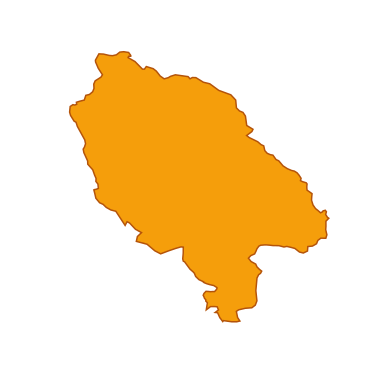 Pita, Pita, Guinea, rotated 107°
{"feature_id": "49546643B45846614697329", "entity_name": "Pita", "entity_type": "district", "adm_level": 2, "iso_a3": "GIN", "parent_name": "Guinea", "parent_adm1": "Pita", "projection": "robinson", "projection_center": [-12.584, 10.91], "detail": "fine", "context": "isolated", "style": "filled", "palette": "amber", "viewbox_px": 384, "rotation_deg": 107, "n_neighbors": 0, "source": "geoboundaries", "source_scale": "gbopen_adm2", "svg_char_len": 2909}
<svg xmlns="http://www.w3.org/2000/svg" viewBox="0 0 384 384"><g transform="rotate(107 192 192)"><path d="M301.4,108.5L298.7,111.7L293.2,114.7L291.0,112.9L287.6,107.0L285.2,100.9L281.7,98.4L277.1,98.1L267.7,102.1L255.3,104.7L251.6,104.1L249.8,102.7L247.3,102.2L246.3,104.8L244.6,108.0L242.3,110.0L241.2,115.2L238.8,118.7L235.7,117.2L234.8,116.2L232.9,114.0L229.9,113.5L227.3,113.3L224.2,112.2L222.8,110.7L221.3,106.9L220.8,105.2L220.2,102.5L219.5,98.6L218.9,96.7L217.9,93.1L217.7,88.0L216.3,85.4L216.0,81.0L215.9,77.1L218.0,71.7L217.8,67.7L214.7,64.3L210.3,65.3L208.5,61.0L205.1,57.8L201.5,57.5L198.5,55.3L197.1,50.5L193.5,50.5L189.0,53.1L186.9,53.6L185.6,53.9L180.8,55.4L177.1,53.5L176.6,55.1L174.4,57.6L171.6,57.7L170.5,59.2L171.7,61.1L173.0,61.6L174.3,63.0L172.9,66.1L171.7,69.1L169.0,72.5L164.9,75.3L161.6,76.1L158.5,76.7L156.6,82.5L154.8,83.3L152.9,83.9L150.7,84.3L149.8,85.5L149.8,89.4L149.4,91.6L147.0,91.7L144.5,94.7L142.9,97.2L142.1,100.3L142.3,103.1L141.8,107.7L140.4,112.6L136.8,118.2L136.4,121.1L133.1,125.4L133.4,128.1L133.0,131.4L131.1,134.5L126.9,136.9L126.5,139.8L124.7,143.9L123.2,153.3L122.0,156.3L116.7,152.4L114.2,152.0L112.4,159.1L103.8,163.1L101.0,166.5L100.6,170.3L98.6,174.1L91.3,177.1L87.7,183.3L87.0,196.1L83.3,206.7L83.7,213.2L81.5,221.7L82.4,225.1L84.3,227.0L82.8,229.5L84.8,242.2L87.7,246.4L89.6,248.1L91.9,251.7L90.4,256.3L86.8,261.5L85.4,265.2L85.4,272.4L88.4,273.4L89.0,275.3L83.9,284.7L82.2,292.4L80.8,292.3L80.1,290.3L79.3,290.5L77.1,293.4L77.8,298.3L79.3,301.9L82.9,304.4L84.9,307.9L85.6,311.1L86.0,317.0L87.1,321.4L94.2,322.9L95.9,322.2L101.1,317.8L106.1,311.9L108.7,312.6L111.1,314.6L114.0,317.1L117.5,317.5L121.6,316.0L125.2,316.3L128.7,318.6L130.6,321.8L135.6,321.9L138.0,325.9L140.0,328.8L141.9,327.9L143.1,329.5L143.3,331.4L145.8,333.5L151.4,332.4L154.3,330.5L158.7,325.5L159.2,323.3L162.8,320.8L173.5,309.8L175.7,308.6L177.0,307.9L180.6,308.0L182.8,308.6L186.0,306.9L192.8,300.9L195.9,299.8L199.8,293.4L204.3,290.1L207.1,287.7L210.0,287.0L211.9,284.3L215.9,282.6L217.4,284.4L218.1,285.8L218.7,285.9L218.8,286.4L221.9,284.5L226.1,282.1L229.3,277.2L229.8,273.4L231.8,269.5L232.9,264.4L232.7,259.2L243.5,246.2L239.4,245.4L239.9,242.6L244.2,235.1L245.6,228.4L250.5,231.2L255.5,230.8L255.1,219.7L259.1,210.4L260.3,203.9L254.9,196.9L250.7,191.1L247.7,186.5L247.3,184.2L253.1,182.5L258.7,181.3L260.7,180.1L260.9,178.7L266.4,171.3L268.0,167.7L269.0,166.0L271.7,163.8L273.8,159.7L274.6,153.9L274.8,154.8L275.1,154.1L275.2,153.4L275.4,151.2L275.4,148.2L275.1,143.8L276.1,140.2L277.3,139.9L278.7,140.4L280.6,141.3L281.3,143.5L281.9,145.0L282.4,147.6L282.9,149.6L285.5,150.9L287.5,151.1L288.5,150.1L290.1,148.9L291.0,147.3L292.3,146.9L293.4,144.9L300.5,143.9L296.2,140.8L295.0,137.1L294.4,134.4L297.0,132.2L300.4,134.6L300.1,133.0L300.0,132.2L304.0,128.7L306.9,124.7L305.8,124.3L304.5,116.1L303.0,111.2L301.4,108.5Z" fill="#f59e0b" stroke="#b45309" stroke-width="1.5"/></g></svg>